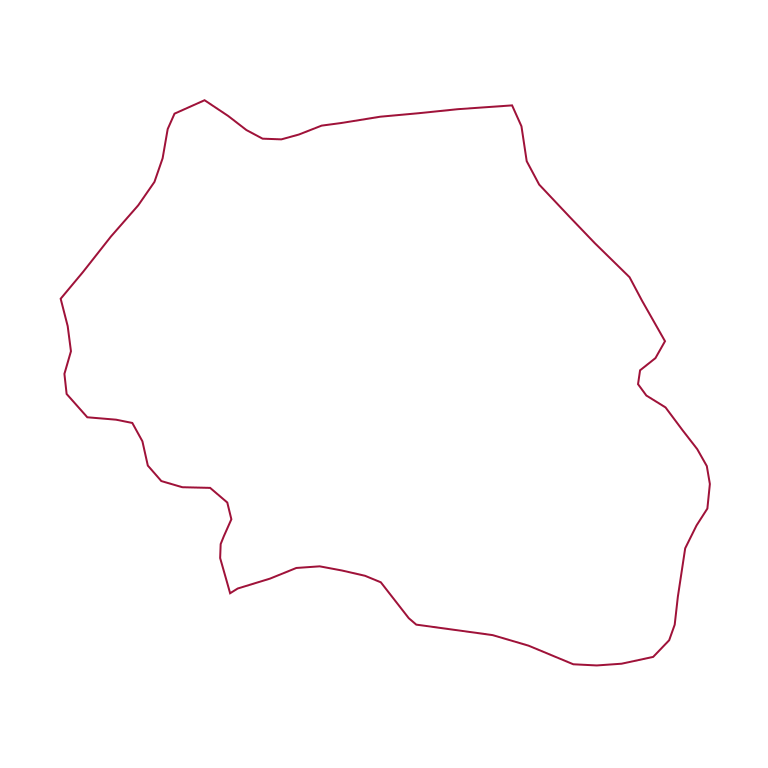 Lèkoni-Lèkori, Haut-Ogooué, Gabon, rotated 86°
{"feature_id": "22940354B21912666573849", "entity_name": "Lèkoni-Lèkori", "entity_type": "district", "adm_level": 2, "iso_a3": "GAB", "parent_name": "Gabon", "parent_adm1": "Haut-Ogooué", "projection": "natural_earth1", "projection_center": [13.947, -1.086], "detail": "fine", "context": "isolated", "style": "outline", "palette": "rose", "viewbox_px": 768, "rotation_deg": 86, "n_neighbors": 0, "source": "geoboundaries", "source_scale": "gbopen_adm2", "svg_char_len": 1104}
<svg xmlns="http://www.w3.org/2000/svg" viewBox="0 0 768 768"><g transform="rotate(86 384 384)"><path d="M626.3,368.6L633.8,332.7L642.1,293.1L655.1,258.1L676.8,214.7L679.6,191.4L679.6,166.5L675.0,134.5L659.5,117.4L644.4,110.8L616.7,105.7L568.9,95.0L546.9,82.1L530.8,70.1L506.5,65.9L488.4,67.7L470.8,76.1L451.1,89.3L427.0,104.8L413.8,123.1L401.9,130.6L388.2,127.6L377.1,111.4L360.9,100.7L318.9,120.8L294.6,131.6L258.2,163.9L230.7,186.8L195.9,215.3L171.7,226.1L136.5,228.9L115.0,236.8L115.0,291.1L116.3,330.9L117.1,369.2L120.7,409.0L121.9,428.2L129.2,451.5L132.8,469.3L130.8,488.0L121.1,503.5L105.7,520.8L88.4,543.2L99.7,574.1L114.6,582.0L143.4,589.1L166.4,598.9L188.6,616.7L217.8,646.1L251.3,676.5L276.4,700.6L304.2,695.5L329.5,694.0L351.6,702.1L371.8,701.3L396.5,682.3L400.9,653.8L405.3,637.8L424.3,629.0L448.9,625.3L465.3,612.9L472.9,592.4L475.5,564.7L491.3,548.6L508.3,545.7L524.7,554.4L532.3,558.1L546.2,559.6L570.9,554.4L582.0,552.1L577.8,544.2L570.2,511.3L561.4,484.3L561.4,460.9L567.1,439.0L574.0,416.3L581.6,401.0L619.4,375.6L626.3,368.6Z" fill="none" stroke="#9f1239" stroke-width="2"/></g></svg>